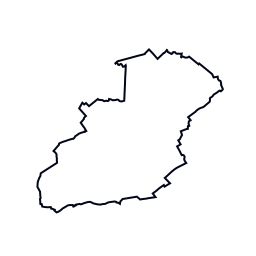 the district of Curtuiseni, Bihor, Romania, rotated 259°
{"feature_id": "2599482B62407773842337", "entity_name": "Curtuiseni", "entity_type": "district", "adm_level": 2, "iso_a3": "ROU", "parent_name": "Romania", "parent_adm1": "Bihor", "projection": "albers", "projection_center": [22.231, 47.541], "detail": "fine", "context": "isolated", "style": "outline", "palette": "ink", "viewbox_px": 256, "rotation_deg": 259, "n_neighbors": 0, "source": "geoboundaries", "source_scale": "gbopen_adm2", "svg_char_len": 4677}
<svg xmlns="http://www.w3.org/2000/svg" viewBox="0 0 256 256"><g transform="rotate(259 128 128)"><path d="M193.6,186.2L192.8,185.9L192.7,185.8L192.4,184.8L192.9,184.1L193.7,183.3L193.9,183.0L194.2,182.7L194.5,182.2L194.9,181.7L195.3,181.5L195.6,181.5L195.9,181.4L196.9,181.3L197.2,181.0L196.3,180.1L195.0,178.4L194.7,177.9L194.8,177.4L190.2,170.2L193.3,168.4L195.2,167.3L195.8,167.0L196.4,166.6L201.1,163.6L197.6,158.4L197.4,158.4L197.3,157.2L197.0,151.5L196.8,148.9L196.2,140.7L195.8,134.8L195.6,132.6L195.6,131.9L195.5,130.7L195.3,130.0L195.1,129.7L194.5,129.3L194.5,128.9L194.3,128.4L194.2,128.2L193.9,127.9L193.7,128.0L193.9,128.2L194.0,128.4L194.2,129.3L193.6,129.9L192.8,130.2L191.9,130.5L191.7,130.8L191.5,131.3L191.8,131.8L192.3,133.1L192.0,133.6L191.1,134.1L190.1,134.4L189.1,134.7L189.0,135.7L189.4,136.5L190.1,137.7L189.4,137.7L183.6,136.3L178.2,134.9L171.6,133.4L167.5,132.4L158.3,130.2L155.5,129.5L155.3,127.0L155.5,126.1L156.0,124.9L157.5,123.9L158.0,122.7L157.9,122.0L157.8,120.8L157.9,120.6L158.0,119.3L158.1,118.7L158.3,118.1L159.3,116.7L160.1,115.0L158.7,114.4L158.5,114.0L158.3,113.5L158.5,112.7L159.0,111.7L158.9,110.6L158.8,110.3L159.0,109.5L159.4,109.0L160.1,108.5L161.2,105.0L161.2,104.7L161.4,104.4L162.2,103.9L156.9,93.9L160.5,91.5L159.5,89.5L161.5,88.0L156.6,83.8L149.8,87.8L147.8,89.0L147.4,88.2L146.1,86.6L145.2,86.4L142.2,82.6L139.2,83.9L136.3,85.3L133.1,86.4L133.1,86.1L133.0,85.0L132.5,85.0L132.4,82.6L132.2,80.8L131.7,78.5L131.1,77.3L130.8,76.7L130.4,75.7L129.9,74.5L129.3,74.1L128.8,73.7L128.4,73.1L128.0,72.6L127.9,72.4L127.8,72.2L127.9,71.8L128.0,71.4L127.9,70.4L127.7,68.1L127.1,63.8L126.9,61.8L126.3,58.6L126.2,58.1L126.0,57.7L125.9,57.5L125.4,57.2L125.0,57.1L124.8,57.0L124.5,56.7L124.4,56.7L124.2,56.3L119.6,50.5L117.6,52.1L116.2,52.7L115.6,52.8L115.0,52.7L113.9,52.4L112.5,52.4L111.7,52.4L109.9,51.9L109.2,52.0L107.3,51.6L106.2,48.8L100.2,33.7L97.6,32.8L95.7,31.2L92.2,29.1L87.7,27.9L87.3,27.9L85.9,28.4L82.3,29.5L78.5,29.0L76.6,28.9L75.8,28.8L75.2,28.1L72.6,27.8L70.4,27.5L70.0,27.5L69.9,27.8L69.8,28.4L69.7,28.8L69.0,28.8L68.7,28.8L67.3,28.8L66.5,30.7L65.9,32.6L65.5,34.2L65.1,37.1L63.4,37.3L63.2,38.2L61.7,40.5L61.0,40.0L60.3,40.6L59.5,41.2L58.8,41.7L58.9,42.3L59.0,43.3L59.9,45.8L61.1,47.9L61.5,48.5L62.0,50.1L62.2,50.6L63.5,54.3L63.5,55.8L62.9,59.1L61.3,59.3L61.2,59.7L61.6,60.4L62.2,60.8L62.2,61.1L61.9,61.1L61.8,61.7L62.1,62.2L62.7,62.3L62.7,66.1L62.1,67.0L62.2,68.5L62.3,69.0L62.7,70.9L62.7,72.0L63.0,74.2L62.8,76.4L62.3,77.5L60.7,79.4L58.9,83.4L58.0,86.6L58.2,88.1L57.9,90.7L57.9,91.3L58.7,94.2L58.7,96.7L58.4,100.9L57.7,102.4L57.4,102.5L57.1,102.5L56.9,103.0L56.5,104.0L55.8,104.9L55.1,105.6L56.7,106.2L56.9,106.3L57.4,106.5L58.0,107.4L58.2,107.7L59.3,109.1L58.9,123.6L55.7,126.2L55.5,126.3L55.5,128.1L55.3,130.9L55.2,132.4L55.2,132.7L55.2,135.3L55.1,137.0L55.0,139.2L54.9,141.6L54.9,141.8L56.3,141.1L56.7,140.9L57.8,140.4L58.0,140.3L58.3,140.2L58.7,140.0L58.8,139.9L59.0,139.8L61.1,144.1L62.7,146.8L65.2,152.3L63.5,152.7L65.7,158.7L71.9,154.6L76.1,161.4L76.8,162.5L78.6,165.9L79.7,168.6L82.1,177.1L82.5,178.5L84.2,177.7L85.4,177.3L86.1,177.2L86.5,177.3L87.0,177.3L87.4,177.4L87.8,177.7L88.3,177.9L89.3,178.1L90.5,177.5L91.1,176.8L91.1,175.6L92.2,175.2L95.6,174.3L100.6,172.7L101.4,175.2L101.9,176.5L106.3,175.0L107.1,176.8L107.4,177.0L108.9,178.1L109.4,178.5L110.8,179.7L114.7,179.2L115.3,182.4L115.9,185.7L115.7,186.5L116.7,186.8L118.4,187.2L118.4,188.5L119.4,188.5L120.9,188.3L122.6,188.9L123.3,189.6L123.8,190.2L123.6,190.5L123.5,190.9L123.6,191.0L127.2,189.1L131.1,197.4L131.7,198.0L132.2,198.9L132.6,199.7L133.2,201.0L133.6,202.2L133.8,203.0L134.0,204.6L134.1,205.7L134.4,206.4L134.7,207.0L135.5,208.4L136.3,209.8L137.8,212.5L138.2,213.2L138.6,213.4L139.8,213.8L140.8,214.0L141.4,214.0L141.8,214.3L142.0,214.6L142.3,215.6L142.7,216.5L143.1,217.1L143.6,217.7L144.3,218.3L144.5,218.7L144.8,219.4L145.5,221.3L145.9,222.3L146.6,223.6L146.8,224.0L147.0,224.4L147.2,224.9L147.0,225.4L146.5,225.8L146.3,226.1L147.0,227.3L147.6,228.2L148.0,228.5L148.9,228.4L149.7,228.2L151.5,227.8L152.7,227.5L152.8,227.6L153.0,227.8L153.3,227.8L153.9,227.9L154.5,228.0L155.8,227.8L156.6,227.7L157.4,226.3L158.1,226.0L158.9,225.7L159.9,225.7L161.3,225.8L161.3,221.7L162.2,221.5L164.4,221.0L164.7,220.9L164.9,220.8L174.7,212.7L177.7,210.2L177.0,209.4L186.4,201.6L185.9,200.3L186.0,198.4L186.3,197.5L187.1,196.3L187.7,195.4L187.9,194.9L187.2,193.9L187.5,193.6L190.8,194.9L190.8,194.0L190.9,193.4L191.2,192.3L191.2,192.2L191.5,191.0L191.4,190.7L191.6,190.1L192.1,189.4L192.6,189.0L193.1,188.8L193.5,188.5L193.5,188.4L193.8,187.4L193.6,186.8L193.5,186.7L193.4,186.5L193.6,186.3L193.6,186.2Z" fill="none" stroke="#020617" stroke-width="2"/></g></svg>